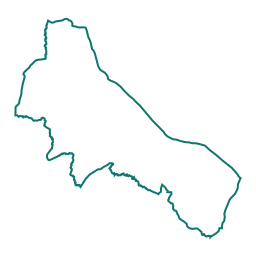 outline of Sangkhom, Nong Khai, Thailand
{"feature_id": "78962969B79910801110812", "entity_name": "Sangkhom", "entity_type": "district", "adm_level": 2, "iso_a3": "THA", "parent_name": "Thailand", "parent_adm1": "Nong Khai", "projection": "robinson", "projection_center": [102.176, 18.069], "detail": "fine", "context": "isolated", "style": "outline", "palette": "teal", "viewbox_px": 256, "rotation_deg": 0, "n_neighbors": 0, "source": "geoboundaries", "source_scale": "gbopen_adm2", "svg_char_len": 5721}
<svg xmlns="http://www.w3.org/2000/svg" viewBox="0 0 256 256"><path d="M210.4,237.2L211.2,236.3L215.4,233.9L218.5,231.2L218.9,230.3L219.5,228.1L221.9,228.3L222.1,224.9L222.7,222.7L224.1,221.1L224.4,220.1L224.4,218.7L224.8,217.6L224.6,215.6L224.3,214.1L225.2,210.6L229.6,199.8L231.7,197.3L234.8,194.1L236.2,191.6L237.8,187.8L237.9,184.4L238.2,183.6L240.6,178.1L239.1,176.9L238.4,176.0L237.6,174.5L232.0,168.0L222.4,160.4L215.6,154.5L209.7,150.0L204.9,145.6L198.3,143.7L194.7,143.2L192.8,143.3L189.5,142.5L184.6,142.0L180.0,140.9L176.6,139.6L173.2,139.3L168.6,137.1L166.6,135.7L164.8,133.9L163.8,132.1L151.9,119.9L139.5,105.1L137.3,103.3L133.1,98.9L128.8,95.4L124.3,90.9L121.1,87.2L116.9,83.6L115.3,82.6L109.7,80.2L108.1,79.0L107.8,77.8L107.7,76.5L105.9,73.9L104.8,72.7L100.9,70.3L99.8,69.3L98.2,66.2L94.9,53.5L93.8,51.1L92.0,48.8L90.8,43.1L89.7,39.8L88.7,38.0L88.3,36.9L86.8,30.9L85.9,28.0L84.9,27.4L82.2,27.3L79.8,27.5L77.9,27.3L75.8,26.5L73.0,26.2L72.3,25.8L72.4,23.3L71.8,22.2L71.1,21.2L70.0,20.6L69.0,20.4L68.2,19.6L66.8,18.8L64.6,19.1L62.6,20.3L60.9,20.7L55.8,21.4L52.9,22.7L52.0,22.7L51.0,22.3L48.1,20.6L46.8,24.8L46.3,25.6L46.7,27.7L46.4,28.4L46.0,28.4L45.8,29.3L45.2,29.5L45.0,30.4L45.3,31.0L45.2,32.0L45.6,32.3L45.4,32.7L45.8,33.6L45.1,33.9L45.2,34.2L44.8,34.5L44.8,34.8L44.7,35.0L45.5,35.6L45.8,36.5L45.7,37.3L45.9,37.6L46.3,37.7L46.4,37.9L46.1,38.8L45.3,39.1L45.5,39.6L45.2,40.2L45.6,40.7L45.5,41.4L46.1,41.8L46.3,42.3L46.3,44.3L45.8,44.6L45.3,44.7L45.3,45.0L44.9,45.2L44.7,45.9L44.8,46.2L46.0,47.6L45.8,48.0L45.7,48.5L46.0,48.8L45.8,49.2L46.4,51.5L46.1,53.2L46.4,54.1L46.2,54.4L45.4,54.7L45.6,55.3L45.4,56.2L45.8,56.9L45.6,57.5L45.8,58.2L45.4,58.8L41.2,59.5L37.7,59.8L35.8,60.5L34.4,61.5L32.8,63.4L30.3,65.6L28.9,68.0L26.6,69.8L24.0,72.5L23.4,74.2L24.3,75.3L24.6,76.1L24.6,77.1L22.9,83.4L21.6,90.0L21.3,94.3L19.7,99.7L19.0,103.5L18.1,104.6L16.6,105.8L15.6,107.1L15.4,115.4L17.1,115.3L18.7,116.8L19.5,116.1L20.8,116.0L21.6,116.4L22.7,116.2L23.1,117.4L23.5,117.5L24.1,116.7L25.1,116.5L25.6,116.9L26.2,116.2L26.6,116.6L27.6,116.8L28.1,117.3L29.5,118.1L31.6,118.3L32.8,120.0L33.9,120.8L35.3,120.4L37.2,120.7L39.3,119.8L41.2,119.7L41.4,119.5L41.5,118.2L42.1,117.8L42.6,117.7L43.8,118.1L44.7,118.7L44.8,120.5L45.7,121.0L45.7,121.4L45.4,122.3L44.7,123.1L44.6,123.8L44.8,124.7L44.2,125.3L44.2,125.6L46.3,127.2L49.9,129.4L50.0,130.1L49.7,131.8L50.0,132.4L49.7,133.4L50.2,134.9L49.8,135.9L50.4,136.2L50.9,137.1L51.6,137.1L51.8,138.8L52.5,138.5L53.0,139.2L52.7,140.3L52.9,142.6L52.0,143.2L52.0,144.3L52.7,145.0L52.4,145.7L52.3,146.8L52.0,147.2L52.1,148.3L51.5,148.7L51.4,149.1L50.7,149.5L50.5,150.1L47.6,153.9L47.0,155.5L47.0,157.1L47.1,157.8L48.3,159.8L49.0,160.2L50.4,159.8L52.2,159.0L52.6,158.6L53.6,158.4L54.4,157.8L55.7,157.5L56.0,157.1L56.9,156.9L57.5,156.3L58.4,156.1L58.9,155.7L59.4,155.7L59.7,155.0L60.6,154.7L61.1,154.2L61.6,154.2L62.0,153.7L62.7,154.1L63.3,153.4L63.6,153.5L64.4,153.2L65.2,153.4L65.6,153.9L66.1,153.6L67.6,154.2L68.8,153.9L69.2,153.1L69.6,152.9L70.9,153.6L71.8,153.2L72.1,153.3L72.5,154.1L73.5,154.8L73.3,156.0L72.6,157.7L72.9,158.8L73.4,159.6L73.4,160.3L73.1,160.7L72.9,161.8L72.7,161.7L72.2,162.2L72.1,163.0L71.1,164.0L71.3,164.8L71.7,165.2L71.2,165.7L71.0,166.9L70.6,167.4L70.7,168.0L71.5,168.4L71.8,169.2L71.6,169.6L71.8,170.2L71.6,171.0L71.2,171.3L71.3,171.6L71.1,171.9L70.9,172.7L70.3,173.8L70.3,174.7L70.6,175.0L71.9,175.6L72.5,175.6L72.5,176.0L72.8,176.3L73.2,176.1L73.6,176.2L74.1,176.6L74.1,176.9L73.7,177.0L74.2,177.9L73.9,179.7L74.3,180.3L74.7,180.3L74.9,182.3L75.5,182.3L75.7,182.6L75.2,183.7L75.8,185.3L76.3,185.4L76.7,185.1L77.0,185.3L77.7,184.9L78.6,185.5L78.9,185.3L78.9,184.9L79.7,185.0L80.5,185.7L80.2,186.6L80.5,187.0L85.8,178.7L89.8,174.5L98.0,169.3L99.8,169.3L100.9,169.0L103.4,167.1L106.9,165.3L109.8,163.2L110.3,163.1L112.6,163.4L113.2,164.0L112.6,165.0L111.8,165.1L111.5,165.4L111.4,166.1L111.0,166.4L110.9,167.0L110.3,167.2L109.9,167.6L110.0,168.0L109.5,168.4L110.3,169.3L110.3,169.7L110.7,169.8L111.2,170.5L111.4,171.7L112.2,173.2L113.0,173.2L113.5,174.0L114.1,173.7L114.0,173.3L114.2,173.2L114.3,173.6L114.8,174.0L114.8,174.6L115.2,174.0L115.8,174.4L116.1,174.1L116.3,174.4L117.1,174.1L117.6,175.1L118.1,174.8L118.6,175.5L120.1,175.1L120.7,175.3L121.2,174.7L121.5,174.0L121.9,173.9L122.0,174.4L122.3,174.4L122.5,174.3L122.6,173.9L123.1,173.9L123.5,173.6L123.8,174.6L124.3,174.5L125.3,175.6L125.5,175.6L125.7,175.2L126.3,175.5L126.5,174.9L127.3,175.5L127.5,174.8L128.1,175.4L128.4,176.1L129.5,175.3L130.4,176.2L131.8,176.3L132.3,177.4L132.2,177.9L132.6,177.7L132.3,178.2L132.5,178.9L133.1,179.1L133.6,178.4L134.0,178.6L134.3,178.3L134.4,179.1L135.7,179.4L136.0,179.7L135.6,180.3L135.9,181.0L137.7,181.2L138.3,181.8L138.5,183.5L138.8,184.0L138.6,184.8L138.8,185.4L140.3,185.6L140.6,185.4L141.0,186.1L141.4,186.0L141.6,186.3L142.3,186.5L142.6,186.9L142.8,186.6L143.4,186.7L143.7,187.0L144.1,186.8L145.5,188.1L146.0,188.1L146.1,188.5L146.5,188.7L146.6,189.1L147.6,189.4L148.1,190.2L150.3,190.2L150.9,190.9L158.5,194.1L159.2,193.0L160.9,191.8L161.0,188.2L162.1,184.7L165.5,187.7L166.3,189.5L167.7,190.7L167.3,192.1L168.3,192.3L170.9,192.1L171.3,192.3L171.4,194.1L169.0,197.8L168.8,199.2L168.2,199.8L168.3,200.9L171.1,203.4L172.0,203.3L172.7,203.8L173.3,206.1L172.9,206.8L173.1,207.2L173.2,209.0L173.8,209.4L174.3,210.4L175.9,210.8L176.5,211.5L177.4,214.1L178.3,215.2L179.3,218.2L180.1,219.1L184.1,221.7L186.6,223.7L186.8,224.1L186.9,225.4L187.3,226.5L189.2,228.1L192.3,228.9L196.2,228.4L197.6,228.7L201.4,231.8L201.6,233.3L202.2,234.9L203.0,234.9L203.8,234.0L204.2,234.3L204.1,235.1L204.3,235.4L205.1,235.5L205.9,236.3L206.5,236.5L207.1,236.1L207.7,236.2L208.4,235.8L209.3,236.0L210.0,235.9L210.4,236.2L210.4,237.2Z" fill="none" stroke="#0f766e" stroke-width="2"/></svg>